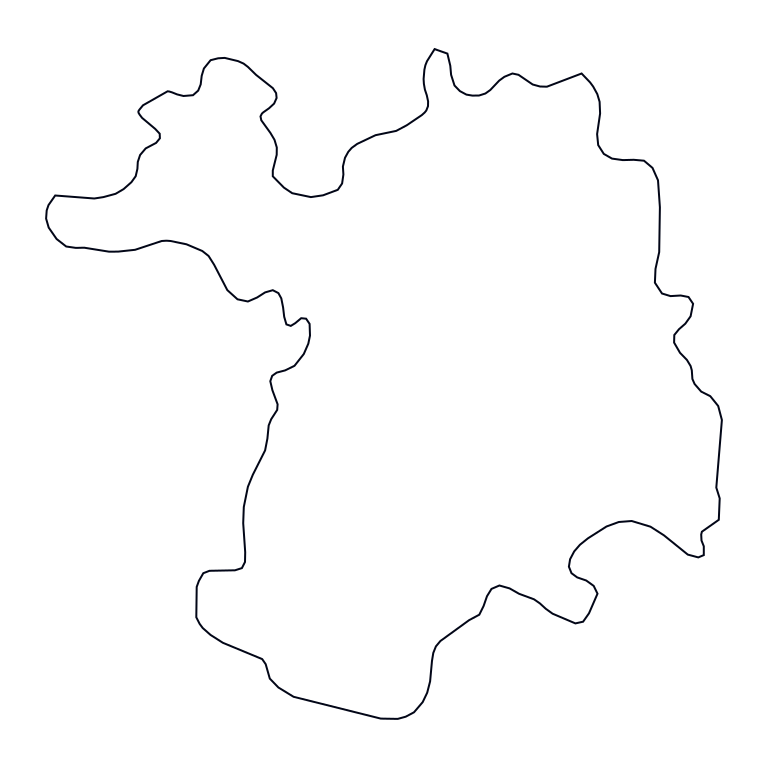 outline of Sétif
{"feature_id": "DZA-2215", "entity_name": "Sétif", "entity_type": "Province", "adm_level": 1, "iso_a3": "DZA", "parent_name": "Algeria", "parent_adm1": "", "projection": "albers", "projection_center": [5.383, 36.112], "detail": "fine", "context": "isolated", "style": "outline", "palette": "ink", "viewbox_px": 768, "rotation_deg": 0, "n_neighbors": 0, "source": "natural_earth", "source_scale": "10m", "svg_char_len": 3187}
<svg xmlns="http://www.w3.org/2000/svg" viewBox="0 0 768 768"><path d="M75.9,247.9L66.2,246.5L56.6,239.0L48.7,227.6L46.1,218.6L46.7,210.4L48.5,205.1L55.2,195.5L94.3,198.5L103.4,197.1L115.6,193.8L123.6,189.1L131.4,182.2L135.7,176.2L137.4,168.9L137.8,161.9L140.1,155.0L145.7,148.4L156.1,142.9L159.9,138.3L159.7,133.7L155.2,128.9L142.1,117.9L139.6,114.6L138.5,112.7L138.4,111.3L139.3,109.8L143.0,105.3L167.6,91.3L169.2,91.5L172.1,92.4L177.1,94.4L183.5,96.0L193.0,95.2L198.2,90.6L200.7,84.4L201.7,75.8L203.9,68.5L210.6,60.2L218.1,58.3L224.7,57.9L238.0,61.1L243.6,63.6L247.9,66.9L256.1,74.9L272.9,88.2L276.1,93.1L276.6,98.0L274.1,103.6L269.0,108.3L263.2,112.4L261.9,113.6L260.5,116.4L261.3,120.3L270.4,132.9L274.5,139.8L276.8,147.5L276.7,154.8L272.8,170.5L272.8,176.3L283.9,187.6L292.2,193.2L310.9,197.1L323.1,195.3L337.8,189.8L342.1,183.5L343.4,174.5L342.9,166.6L345.0,157.8L348.3,151.8L351.7,147.9L357.2,143.9L375.5,135.2L396.2,130.9L406.7,125.3L421.8,115.1L424.7,112.5L426.3,110.5L428.0,106.2L428.1,101.4L426.8,95.3L424.9,89.6L423.9,83.9L423.6,79.0L424.4,69.7L425.4,65.2L427.0,61.2L434.6,49.1L447.4,53.6L450.3,65.8L451.1,74.8L454.5,85.5L459.9,91.1L466.4,94.6L472.4,95.6L479.1,95.5L485.4,93.5L490.3,90.0L499.2,80.6L504.4,76.8L512.4,73.5L518.5,74.8L532.7,84.5L540.0,86.5L546.9,86.7L581.6,73.5L590.1,82.4L593.2,86.6L597.3,94.1L599.6,101.8L600.1,113.5L597.1,134.1L598.2,145.1L603.8,153.9L612.0,158.6L622.9,160.1L633.7,159.8L644.0,160.7L652.5,167.9L658.0,180.3L659.9,207.3L659.2,252.1L655.5,268.9L654.9,282.7L662.0,293.5L670.5,296.1L680.7,295.5L688.5,297.0L693.1,303.8L690.6,316.3L685.3,323.7L679.0,329.2L674.3,335.0L674.1,342.6L680.0,352.8L686.9,359.9L690.6,366.0L691.8,370.3L692.4,379.0L694.6,384.0L701.2,391.6L710.3,396.2L718.2,406.0L721.9,420.0L716.3,487.6L719.7,498.4L718.8,519.8L701.9,531.7L701.2,534.5L701.5,540.5L703.8,546.3L703.8,555.1L698.3,557.4L687.8,554.6L663.9,535.3L650.5,526.7L631.7,521.0L618.8,522.0L606.5,526.5L588.0,538.3L580.0,544.7L574.2,551.4L570.1,559.2L568.9,566.7L571.5,573.2L577.2,577.4L586.2,580.5L593.7,585.9L597.5,593.7L589.0,613.3L583.1,621.7L575.4,623.4L552.6,613.7L545.8,608.8L539.9,603.4L534.0,599.3L519.1,593.8L509.6,588.4L499.4,585.5L491.5,588.9L487.0,596.2L483.6,606.0L479.3,614.7L469.2,620.1L440.4,641.0L435.9,646.4L433.3,652.9L432.0,660.8L430.1,681.4L427.2,692.7L422.7,702.1L414.0,712.3L405.7,716.7L397.7,718.9L380.8,718.6L293.6,696.8L278.4,687.5L269.8,678.6L265.7,664.2L262.2,659.1L222.9,642.8L210.5,634.9L202.7,628.0L199.6,623.8L196.3,617.3L196.7,586.9L198.9,580.9L203.3,573.2L209.5,570.8L235.0,570.3L241.9,568.1L245.0,562.0L245.2,552.2L243.2,523.2L243.8,507.0L247.9,486.8L252.8,474.8L265.1,450.4L267.4,438.6L268.7,425.4L271.2,419.2L277.2,409.9L277.6,404.3L272.4,390.2L270.3,381.2L272.2,375.8L276.7,372.6L285.1,370.4L294.5,365.8L303.8,354.0L308.3,343.7L310.0,335.6L309.6,323.9L306.1,318.7L301.2,318.2L295.2,323.2L290.8,325.9L286.4,324.4L284.2,316.8L283.1,307.5L281.3,298.4L278.4,293.1L272.8,290.2L265.1,292.4L257.1,297.5L247.9,301.5L237.5,299.3L227.3,290.1L214.1,264.7L208.6,256.0L202.3,251.0L186.5,244.3L170.6,241.0L166.5,240.7L161.7,241.0L135.1,249.8L118.2,251.6L109.2,251.7L84.2,247.7L75.9,247.9Z" fill="none" stroke="#020617" stroke-width="2"/></svg>